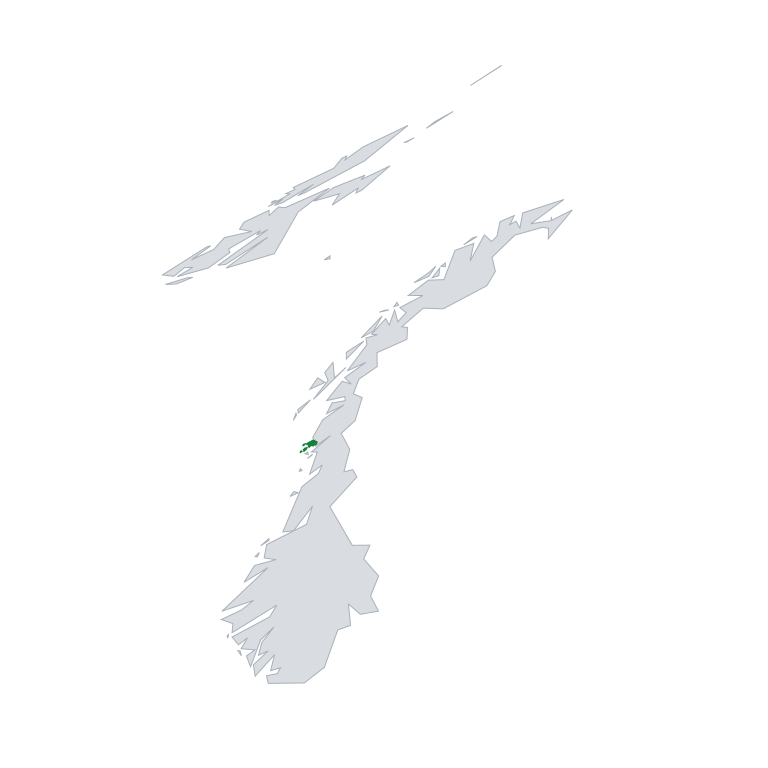 location of Lurøy nor, Norway, rotated 329°
{"feature_id": "86288312B55953165899475", "entity_name": "Lurøy nor", "entity_type": "district", "adm_level": 2, "iso_a3": "NOR", "parent_name": "Norway", "parent_adm1": "", "projection": "equal_earth", "projection_center": [12.805, 66.444], "detail": "fine", "context": "in_parent", "style": "filled", "palette": "green", "viewbox_px": 768, "rotation_deg": 329, "n_neighbors": 0, "source": "geoboundaries", "source_scale": "gbopen_adm2", "svg_char_len": 8294}
<svg xmlns="http://www.w3.org/2000/svg" viewBox="0 0 768 768"><g transform="rotate(329 384 384)"><path d="M456.7,339.2L428.6,344.1L433.3,347.6L426.7,357.5L394.1,353.5L387.2,365.5L365.1,366.9L352.6,376.6L358.3,384.4L340.6,400.4L321.9,404.3L320.9,422.5L304.4,438.7L313.1,441.3L312.9,449.7L274.4,461.3L273.7,505.9L288.9,514.9L276.5,523.5L280.5,545.8L263.3,558.8L262.3,575.8L245.1,569.2L240.2,554.4L231.0,573.7L217.7,571.0L187.0,596.1L161.7,599.2L130.6,581.0L133.0,573.6L143.3,577.3L149.1,573.9L139.1,571.4L150.8,559.6L123.1,568.1L127.4,557.5L147.1,553.1L136.8,551.9L146.1,542.6L164.5,535.6L146.5,539.8L124.0,557.6L126.0,546.3L136.3,545.4L125.2,537.3L136.3,531.3L125.0,532.6L123.4,522.6L166.0,524.7L178.2,518.3L125.7,518.9L131.1,511.6L123.2,502.1L145.7,504.3L160.7,502.3L128.1,495.3L190.0,481.6L161.9,481.9L179.6,472.9L201.0,478.9L191.7,471.4L200.7,461.2L245.4,464.4L259.8,451.9L230.9,463.2L221.1,458.7L260.7,429.8L281.3,427.0L289.5,421.6L273.8,423.0L291.8,408.0L286.8,404.9L311.7,400.6L293.5,402.1L295.3,393.2L313.0,383.1L338.7,381.3L319.5,379.9L329.6,373.5L342.2,378.3L344.0,374.6L326.3,368.7L349.7,360.1L355.9,367.2L353.5,358.3L379.6,356.1L359.3,353.9L389.5,341.5L392.2,335.3L403.9,338.4L399.0,334.9L419.2,328.8L418.8,336.2L431.2,326.1L427.9,337.8L439.8,334.3L436.9,326.7L463.0,328.2L450.4,320.6L475.5,317.9L489.1,325.4L513.6,306.1L533.4,309.7L521.1,323.0L546.8,307.9L549.7,317.3L557.1,315.4L567.0,304.6L582.4,306.7L573.9,312.3L581.0,312.4L580.8,320.3L591.0,308.8L633.3,318.5L592.4,322.3L611.2,330.0L635.1,331.8L599.6,344.1L605.2,335.3L600.8,331.4L572.9,323.8L541.9,331.0L537.5,344.8L522.9,352.7L473.5,350.1L456.7,339.2ZM347.1,173.2L374.9,175.9L372.3,180.5L384.8,178.0L390.0,181.9L438.1,188.0L399.1,192.3L357.0,215.8L308.4,203.3L360.0,198.3L310.0,199.9L302.7,196.7L364.2,191.9L351.4,190.8L357.2,188.9L320.4,188.2L319.6,191.9L293.4,194.1L262.0,185.5L280.2,185.5L272.8,181.5L259.3,183.4L250.3,176.4L302.7,175.2L306.7,176.3L282.9,178.4L307.4,181.0L322.6,176.3L349.3,185.2L339.9,176.9L347.1,173.2ZM407.4,168.8L452.2,173.2L464.1,168.8L469.5,169.3L466.3,171.8L488.5,170.0L537.8,174.7L482.3,182.7L415.2,179.3L407.1,178.2L426.3,176.5L390.4,176.3L382.1,174.5L392.5,173.4L376.1,172.2L400.9,172.5L397.9,170.3L407.9,171.3L407.4,168.8ZM442.1,189.7L475.3,195.2L469.6,197.1L501.6,200.1L465.1,206.4L458.4,205.9L462.6,202.7L431.6,204.0L443.8,198.0L418.0,191.1L442.1,189.7ZM344.7,353.3L359.8,350.2L315.6,360.8L337.9,352.2L339.0,343.7L351.4,339.2L344.7,353.3ZM368.1,337.4L388.8,336.8L364.6,343.2L368.1,337.4ZM388.2,332.7L417.4,324.7L402.2,333.2L388.2,332.7ZM247.9,186.1L270.0,191.6L275.1,194.1L257.6,191.3L247.9,186.1ZM330.4,344.6L334.2,352.2L317.7,350.3L330.4,344.6ZM489.0,309.7L477.9,314.8L461.8,312.6L480.1,311.6L489.0,309.7ZM491.4,313.4L486.8,319.4L479.9,317.8L491.4,313.4ZM296.9,361.5L312.9,359.7L295.6,364.8L296.9,361.5ZM647.7,171.6L611.9,172.6L648.9,171.4L647.7,171.6ZM562.7,185.3L583.6,186.0L552.0,186.6L562.7,185.3ZM524.0,305.7L535.7,304.4L539.7,305.6L524.0,305.7ZM499.0,311.9L496.9,315.1L493.5,312.3L499.0,311.9ZM437.1,320.7L437.1,324.0L432.5,322.8L437.1,320.7ZM403.7,246.3L402.4,248.9L396.7,246.8L403.7,246.3ZM536.9,188.5L527.2,188.2L526.2,187.5L536.9,188.5ZM251.3,429.7L254.4,432.9L245.6,432.1L251.3,429.7ZM416.9,320.0L422.9,321.2L426.4,323.1L416.9,320.0ZM382.5,170.0L386.6,171.2L380.3,170.7L382.5,170.0ZM205.1,458.8L194.9,459.2L205.6,457.2L205.1,458.8ZM190.3,464.2L186.4,467.0L184.7,465.5L190.3,464.2ZM293.0,365.6L287.6,368.4L293.5,363.7L293.0,365.6ZM123.2,538.7L121.8,543.5L121.4,537.3L123.2,538.7ZM282.7,405.5L280.4,403.1L283.6,403.2L282.7,405.5ZM613.4,326.9L612.5,329.5L612.0,329.1L613.4,326.9ZM285.5,407.9L279.8,408.4L286.7,407.3L285.5,407.9ZM268.7,413.5L269.2,416.0L266.4,415.2L268.7,413.5ZM121.7,518.6L119.1,521.5L119.8,519.1L121.7,518.6Z" fill="#d9dde1" stroke="#a8b0b8" stroke-width="1"/><path d="M290.7,395.8L290.9,395.8L291.3,395.9L291.2,396.0L291.3,396.0L291.2,396.0L291.3,396.0L291.5,396.0L291.4,396.1L291.5,396.1L291.8,396.1L291.7,396.2L291.7,396.3L291.9,396.3L292.0,396.4L292.6,396.3L292.8,396.4L293.1,396.3L293.0,396.5L293.2,396.8L294.6,397.0L294.4,397.1L294.2,397.0L293.8,397.1L292.7,397.0L292.9,397.1L293.1,397.3L294.1,397.6L293.9,397.8L294.1,398.0L294.3,398.3L294.2,398.4L293.8,398.4L293.5,398.7L293.1,398.7L293.0,398.9L291.1,399.4L291.0,399.5L291.4,399.7L291.0,399.7L291.2,399.8L291.4,399.9L291.4,400.0L291.5,399.9L291.6,400.0L292.3,400.1L292.8,400.2L293.1,400.3L293.3,400.1L294.2,399.9L294.4,400.0L293.9,400.3L293.6,400.3L293.4,400.4L294.4,400.5L295.0,400.5L295.0,400.3L294.9,400.2L295.3,400.1L295.4,399.7L296.2,399.7L296.3,399.7L296.1,399.1L295.5,398.9L296.3,398.8L296.4,398.7L296.0,398.5L295.9,398.4L295.6,398.1L294.8,397.8L294.8,397.7L295.2,397.6L295.2,397.3L294.9,397.3L295.2,396.8L294.6,396.6L294.5,396.3L293.9,396.1L294.0,395.8L293.5,395.7L292.8,395.7L292.7,395.6L291.8,395.8L290.8,395.7L290.7,395.8ZM292.9,397.7L292.3,397.6L291.9,397.7L291.8,397.9L291.7,398.0L291.4,398.1L291.4,398.3L291.2,398.3L291.2,398.8L291.4,398.9L293.0,398.6L293.4,398.5L293.5,398.3L293.6,398.2L293.4,398.0L292.9,397.7ZM289.1,397.2L287.8,397.4L287.9,397.7L287.7,397.8L287.8,397.8L288.0,397.8L287.9,398.0L288.0,398.1L288.3,398.2L288.5,398.3L288.9,398.4L288.8,398.5L289.0,398.6L288.9,398.4L289.1,398.3L288.9,398.2L289.1,398.1L289.0,397.9L289.0,397.7L289.3,397.6L289.4,397.4L289.3,397.5L289.1,397.4L289.3,397.2L289.1,397.2ZM290.5,397.1L290.4,397.0L290.2,397.2L289.9,397.1L289.6,397.1L289.4,397.2L289.8,397.2L289.7,397.3L290.1,397.3L289.8,397.6L289.6,397.6L289.5,397.9L289.4,397.8L289.5,397.8L289.5,397.6L289.4,397.6L289.5,397.7L289.2,397.7L289.2,397.9L289.3,397.9L289.2,398.0L289.3,398.3L289.2,398.3L289.3,398.4L289.2,398.5L289.4,398.5L289.5,398.4L289.6,398.5L289.4,398.5L289.6,398.6L289.9,398.6L290.3,398.3L290.1,398.2L290.2,397.7L290.5,397.3L290.6,397.2L290.5,397.1ZM283.4,394.7L284.1,394.7L283.7,394.7L283.4,394.9L283.3,395.0L284.0,395.2L283.9,395.2L284.0,395.2L284.4,395.0L284.6,395.0L284.4,395.1L284.6,395.0L284.7,394.8L284.9,394.7L284.4,394.6L283.9,394.4L283.6,394.5L283.4,394.7ZM288.8,398.4L288.3,398.4L288.3,398.5L288.1,398.4L287.2,398.7L287.4,398.7L287.3,398.8L287.6,398.7L287.4,398.8L287.8,398.9L287.8,399.0L288.0,398.9L287.9,399.1L288.2,399.0L288.9,398.9L288.8,398.6L288.8,398.4ZM283.3,399.0L283.1,399.1L282.9,399.1L282.5,399.3L282.3,399.4L282.2,399.5L281.9,399.5L282.0,399.5L281.8,399.5L281.5,399.7L281.4,399.8L281.4,399.7L281.5,399.8L281.4,399.8L281.5,399.8L281.5,399.7L281.9,399.6L281.6,399.8L281.8,399.8L281.8,399.7L281.9,399.8L282.0,399.7L282.3,399.7L282.2,399.8L282.3,399.7L282.8,399.5L283.0,399.5L282.9,399.5L283.0,399.4L282.8,399.5L282.9,399.4L282.7,399.5L282.7,399.4L282.9,399.3L283.0,399.3L282.9,399.4L283.0,399.4L283.4,399.2L283.5,399.2L283.4,399.1L283.6,399.1L283.4,399.0L283.3,399.0ZM278.3,398.9L277.5,399.0L277.3,399.4L277.8,399.4L278.0,399.4L278.2,399.5L278.4,399.4L278.5,399.2L278.8,399.2L278.5,399.2L278.8,399.2L278.7,399.0L278.4,399.0L278.5,399.0L278.3,399.0L278.2,399.0L278.3,399.0L278.2,399.0L278.4,399.0L278.1,399.0L278.3,398.9ZM287.2,395.6L287.5,395.8L287.3,395.8L287.5,395.8L287.4,395.9L287.5,395.9L288.4,395.8L288.7,395.7L288.9,395.5L287.2,395.6ZM283.7,399.3L282.2,399.8L282.4,399.8L282.6,399.8L282.5,399.7L283.6,399.4L283.2,399.6L282.8,399.7L282.6,399.8L282.3,400.0L282.0,400.2L282.4,400.0L282.6,400.0L282.6,399.9L282.7,400.0L283.0,399.8L282.9,399.8L283.5,399.6L283.2,399.8L283.5,399.7L283.8,399.5L283.6,399.5L283.7,399.4L283.7,399.3ZM282.3,398.6L282.0,398.7L281.8,398.9L282.0,398.9L281.9,398.9L281.7,399.0L281.8,399.1L281.7,399.1L282.2,398.9L282.4,398.9L282.7,398.7L282.4,398.7L282.3,398.8L282.3,398.6ZM283.9,398.9L283.7,398.8L283.7,399.0L283.9,399.0L283.6,399.2L283.6,399.3L283.8,399.3L284.0,399.4L283.8,399.5L284.0,399.4L284.2,399.2L284.0,399.4L284.1,399.1L284.0,398.9L283.8,399.0L283.9,398.9ZM290.5,396.5L289.8,396.5L289.7,396.5L289.9,396.6L289.7,396.6L289.8,396.8L289.9,396.7L290.0,396.7L289.9,396.8L290.1,396.8L290.5,396.6L290.4,396.5L290.5,396.5ZM289.4,396.4L288.4,396.6L289.0,396.6L288.3,396.8L288.9,396.6L289.3,396.6L289.5,396.5L289.4,396.4ZM282.9,398.8L282.7,398.9L282.8,398.9L282.7,398.9L282.8,398.8L282.6,398.8L282.1,399.2L282.4,399.1L282.2,399.2L282.6,399.2L282.8,399.0L283.0,399.0L283.1,398.9L282.9,398.8L282.9,398.8ZM288.6,399.0L288.4,399.1L288.6,399.1L288.4,399.3L289.0,399.2L288.6,399.0Z" fill="#22c55e" stroke="#15803d" stroke-width="1.5"/></g></svg>